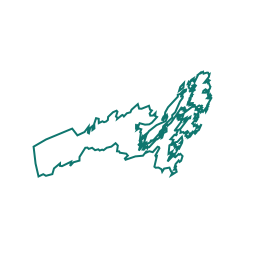 outline of Hábmer smj 2, Nordland, Norway, rotated 126°
{"feature_id": "86288312B17604167467724", "entity_name": "Hábmer smj 2", "entity_type": "district", "adm_level": 2, "iso_a3": "NOR", "parent_name": "Norway", "parent_adm1": "Nordland", "projection": "robinson", "projection_center": [15.771, 67.88], "detail": "fine", "context": "isolated", "style": "outline", "palette": "teal", "viewbox_px": 256, "rotation_deg": 126, "n_neighbors": 0, "source": "geoboundaries", "source_scale": "gbopen_adm2", "svg_char_len": 5593}
<svg xmlns="http://www.w3.org/2000/svg" viewBox="0 0 256 256"><g transform="rotate(126 128 128)"><path d="M120.7,147.4L124.0,149.4L130.7,150.6L133.4,149.0L135.6,149.5L137.4,150.8L137.6,152.6L141.2,154.5L137.8,157.1L138.8,159.6L144.5,157.8L148.1,154.9L150.5,155.6L147.3,157.9L150.2,158.6L155.3,156.5L155.4,157.7L150.1,160.7L156.8,160.8L163.7,164.6L161.3,172.8L185.5,187.6L198.6,193.4L211.1,181.9L219.8,171.9L215.2,169.4L214.9,166.3L209.8,162.1L204.2,164.1L196.6,162.2L198.6,160.8L197.7,159.0L188.6,154.2L192.7,152.5L187.8,152.0L182.9,148.1L179.9,150.2L169.1,150.9L167.7,149.3L168.0,147.5L165.1,145.4L165.3,141.6L162.7,139.5L162.9,137.7L160.7,136.2L160.3,134.7L156.5,133.6L152.8,130.5L147.6,129.1L148.2,125.9L153.3,123.2L152.1,121.4L152.8,120.1L149.8,114.3L150.4,111.9L154.5,112.6L155.1,111.3L146.6,105.3L141.6,99.6L136.2,99.4L135.9,98.8L137.1,98.7L134.3,97.1L133.0,93.8L125.7,93.0L125.3,91.7L125.9,90.7L134.2,89.7L134.8,88.6L133.9,88.1L143.8,83.9L143.9,82.3L142.1,80.1L141.7,76.7L143.3,74.6L139.6,74.9L135.7,71.2L137.9,67.5L137.8,65.9L140.9,65.3L134.0,62.6L134.7,63.2L133.2,64.7L134.6,66.2L130.9,66.4L130.6,67.0L131.5,67.5L129.2,68.3L124.5,67.9L125.1,66.3L123.3,65.8L118.7,67.3L118.1,70.4L119.5,70.9L119.4,71.7L123.9,72.6L124.0,73.7L121.4,74.8L131.8,76.3L127.1,77.4L122.4,76.7L123.0,77.7L125.2,77.7L121.0,78.5L125.1,80.0L117.7,84.3L113.9,82.9L112.2,82.9L113.9,83.6L110.8,84.3L112.1,87.0L106.2,86.4L105.6,84.8L103.9,84.7L104.9,85.3L100.5,86.2L101.5,86.6L100.9,87.5L103.1,88.7L91.8,88.6L89.2,90.1L91.7,91.8L89.5,93.1L91.1,93.6L90.2,94.5L87.1,94.6L86.7,93.6L88.8,92.3L85.6,92.4L83.8,91.3L90.4,89.2L85.6,87.0L88.8,86.5L82.4,84.1L83.7,83.5L85.0,84.8L98.7,85.1L99.7,83.3L101.0,82.7L98.8,81.0L99.2,79.9L98.0,79.7L99.6,79.6L95.6,78.1L95.9,77.0L94.9,76.9L99.7,77.3L100.6,76.9L99.7,75.3L100.5,75.0L98.4,73.8L99.9,73.4L98.4,72.7L95.3,72.8L95.1,73.7L96.9,74.4L96.2,74.9L94.5,73.4L92.0,73.7L95.2,73.0L89.6,71.8L93.0,71.3L93.2,70.4L91.5,70.4L92.3,69.9L88.6,70.6L89.7,70.1L87.9,69.5L81.7,70.8L85.2,70.8L85.6,71.4L84.5,71.7L86.8,71.8L87.5,72.3L84.6,72.5L86.9,73.1L85.6,73.8L87.2,73.7L85.4,74.3L87.1,75.4L86.2,76.0L87.4,76.2L86.5,77.0L86.6,78.6L81.4,78.4L82.9,77.9L82.5,76.9L80.0,77.1L79.8,78.1L77.9,77.4L76.8,78.2L80.5,78.5L79.9,78.6L81.4,80.1L77.0,80.7L77.9,82.1L77.3,82.4L76.8,80.2L72.8,79.8L73.0,80.9L71.6,81.1L72.3,82.0L71.2,82.1L72.0,83.0L70.9,82.6L73.4,84.0L71.3,84.9L67.9,83.6L67.5,81.4L65.6,81.3L68.4,81.1L68.1,80.1L69.8,80.4L69.8,79.0L68.7,78.9L71.8,78.7L71.4,79.2L72.3,78.3L70.9,78.1L71.0,76.8L66.8,76.7L68.9,74.6L65.3,75.0L65.9,75.1L64.5,75.9L65.7,75.7L66.8,76.2L64.8,76.0L65.4,76.6L61.3,76.7L60.6,77.0L62.8,76.8L62.9,77.3L54.7,78.2L54.6,79.2L55.7,78.9L55.2,79.4L55.9,79.4L56.2,79.7L55.3,79.8L56.2,80.6L53.0,79.8L52.4,81.4L56.6,80.6L57.3,81.5L55.2,81.4L53.9,83.2L50.7,84.2L51.0,85.3L53.5,85.6L55.4,88.2L53.6,88.8L51.1,88.0L51.1,86.7L52.2,86.4L51.8,85.5L48.1,84.9L45.4,85.9L46.1,86.0L43.4,90.3L41.6,90.0L41.7,90.7L44.2,90.3L43.7,91.0L44.3,91.4L43.0,91.5L44.4,91.8L43.5,92.4L45.6,91.9L46.5,92.9L39.3,92.6L36.6,93.7L37.3,94.0L36.2,95.7L36.7,96.6L39.6,98.8L38.4,100.3L40.7,101.2L40.3,101.7L45.2,103.0L44.5,102.4L51.5,101.2L50.8,101.8L51.6,102.1L51.4,103.2L50.8,103.2L51.6,103.7L49.5,104.2L51.9,105.1L54.4,104.6L54.6,106.1L57.6,105.4L56.4,103.7L59.0,103.4L60.0,101.5L59.5,100.3L55.6,99.9L55.6,100.6L54.5,99.9L55.4,99.6L54.3,99.7L54.7,98.8L53.8,98.7L53.8,98.0L57.2,97.9L58.0,96.4L59.9,97.1L64.5,96.3L63.8,95.5L65.1,95.6L64.1,95.3L64.8,94.9L67.7,95.8L69.3,94.9L66.8,94.6L70.8,93.7L70.1,94.6L71.3,94.7L74.1,93.6L73.1,92.5L72.1,93.1L70.2,90.8L72.8,91.0L70.8,89.3L71.3,88.9L70.4,87.8L70.7,87.7L70.8,86.6L71.2,86.2L73.4,88.7L82.3,91.3L81.1,92.3L78.4,92.0L80.7,93.3L77.2,94.5L80.0,94.1L80.9,94.9L80.1,95.3L81.1,95.9L79.3,96.8L98.4,96.3L102.9,97.3L102.1,98.5L104.4,99.0L113.1,98.8L110.4,99.2L111.9,99.7L115.5,97.9L111.8,96.8L109.1,97.6L104.8,96.9L107.1,96.3L106.6,95.9L108.2,94.7L111.2,96.3L115.7,94.7L116.2,94.9L114.3,95.8L120.7,98.0L119.4,98.2L131.1,99.6L131.9,100.2L131.3,101.6L133.1,100.7L132.7,102.2L136.3,102.5L136.8,103.4L132.4,103.8L132.3,105.5L139.9,106.0L135.9,107.5L135.3,107.0L136.4,106.5L132.3,106.6L132.1,107.4L136.1,109.7L130.3,108.9L132.3,110.0L131.3,111.2L128.9,109.9L127.1,110.7L127.8,109.7L125.9,108.7L122.4,109.9L129.6,111.9L124.1,114.9L124.1,115.8L121.2,116.5L122.0,119.0L124.0,119.7L121.4,120.2L121.4,121.0L123.2,121.5L121.1,123.0L121.0,121.1L120.1,121.9L119.8,120.9L117.3,121.4L115.3,116.2L112.6,113.0L109.7,111.8L102.0,111.0L102.3,113.2L99.7,114.6L103.2,115.1L104.9,117.2L103.6,119.0L99.8,119.0L100.2,120.9L97.7,124.1L104.4,128.3L105.8,130.4L102.9,134.1L111.1,135.9L113.9,135.3L116.8,137.6L121.1,138.1L120.6,140.0L121.3,140.5L127.1,142.1L125.9,142.6L125.8,144.5L121.0,146.1L120.7,147.4ZM105.9,100.5L93.5,98.3L91.6,99.8L87.6,99.0L76.0,101.5L71.6,101.5L70.4,102.1L71.0,103.1L69.8,103.4L70.5,103.9L68.7,104.6L64.3,102.9L62.8,103.6L64.7,105.2L70.0,105.9L71.8,107.3L73.4,106.1L87.7,107.8L93.4,107.1L97.0,105.2L97.6,106.0L100.6,105.5L101.3,105.1L100.9,104.2L94.6,104.2L95.8,102.7L100.3,101.6L108.9,106.6L118.2,109.2L122.4,109.1L131.1,106.2L129.9,105.4L130.6,104.7L129.0,104.4L129.9,103.6L128.7,102.7L126.8,101.7L124.7,102.1L123.9,101.3L124.4,101.0L122.0,100.2L114.2,99.4L112.0,100.1L108.3,99.3L105.9,100.5ZM114.7,74.5L108.5,75.5L108.0,75.7L109.2,76.9L106.1,76.6L103.5,79.2L110.2,79.9L112.2,81.7L115.1,81.8L114.3,81.0L115.2,80.9L113.4,80.6L116.5,79.3L112.8,79.5L116.1,78.3L113.3,76.3L114.5,75.6L117.0,76.2L118.0,75.1L114.8,75.5L114.7,74.5ZM62.8,106.9L58.7,109.2L64.1,109.8L67.8,108.5L62.8,106.9ZM60.5,98.5L54.5,98.7L62.7,99.9L60.5,98.5Z" fill="none" stroke="#0f766e" stroke-width="2"/></g></svg>